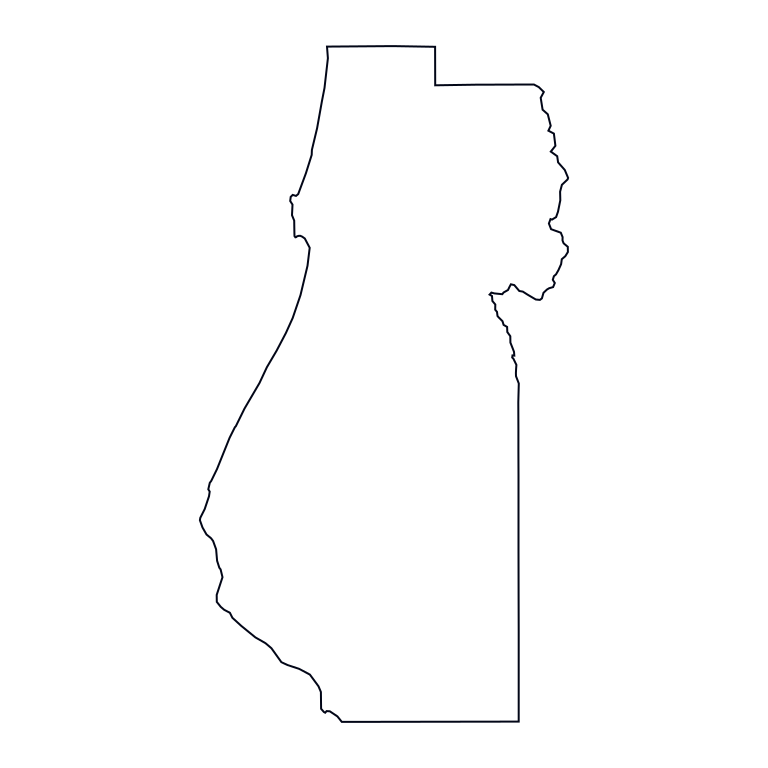 Humboldt, California, United States of America
{"feature_id": "52423323B26488914054819", "entity_name": "Humboldt", "entity_type": "district", "adm_level": 2, "iso_a3": "USA", "parent_name": "United States of America", "parent_adm1": "California", "projection": "natural_earth1", "projection_center": [-123.822, 40.734], "detail": "fine", "context": "isolated", "style": "outline", "palette": "ink", "viewbox_px": 768, "rotation_deg": 0, "n_neighbors": 0, "source": "geoboundaries", "source_scale": "gbopen_adm2", "svg_char_len": 2264}
<svg xmlns="http://www.w3.org/2000/svg" viewBox="0 0 768 768"><path d="M568.1,177.9L564.8,170.0L558.1,162.4L557.2,156.2L550.8,151.6L555.4,145.8L553.9,133.6L548.4,130.7L550.7,125.8L547.8,114.3L542.6,109.7L540.7,97.8L543.8,92.0L538.8,87.1L533.9,84.5L475.2,84.7L435.2,85.3L435.1,46.8L392.9,46.1L327.0,46.6L327.9,58.2L324.5,88.0L322.0,100.8L317.1,128.2L311.9,149.9L311.7,154.9L305.9,173.3L298.2,194.1L296.0,195.9L292.7,194.9L290.7,196.9L290.2,201.0L292.5,204.6L292.0,215.2L294.2,220.6L294.4,233.2L294.5,236.1L295.4,237.3L296.2,237.1L296.9,236.4L298.4,235.9L300.2,235.8L302.1,236.6L304.8,238.5L309.7,247.8L307.5,265.8L300.5,295.1L292.7,318.0L285.9,333.0L276.6,350.7L266.9,367.2L259.5,383.0L244.5,408.6L235.8,426.3L234.9,427.2L229.6,437.8L217.0,469.1L211.2,481.0L209.8,482.8L208.3,489.3L209.7,491.6L209.0,496.3L204.7,509.1L200.3,517.8L199.9,520.2L202.5,527.5L206.5,534.5L211.1,538.3L213.1,541.0L216.1,549.3L217.1,560.8L219.3,567.7L220.6,569.4L222.5,577.2L216.7,594.9L216.8,601.9L220.7,606.8L224.2,609.8L229.9,612.8L232.4,617.8L241.4,626.0L255.4,637.4L265.5,643.2L271.4,648.2L281.4,662.2L287.7,665.1L299.0,668.8L309.9,674.6L318.5,686.3L320.9,692.0L321.1,708.8L323.9,712.0L325.2,712.7L326.6,711.1L329.8,711.3L337.4,716.4L341.8,721.9L518.7,721.6L518.7,706.8L518.7,687.3L518.7,660.8L518.7,631.5L518.6,597.8L518.5,549.4L518.5,511.5L518.5,475.1L518.4,449.5L518.4,428.8L518.3,402.1L518.8,383.5L517.7,380.6L516.0,376.2L515.9,373.0L516.1,368.9L516.4,364.9L513.4,358.7L512.2,357.5L512.5,355.4L514.3,355.6L514.0,351.8L512.7,348.4L510.4,342.6L510.3,336.2L507.3,332.0L507.1,326.9L503.6,324.9L502.5,321.2L498.6,317.3L497.5,316.0L497.0,311.9L495.2,309.7L495.3,304.5L492.4,301.0L492.0,296.0L489.6,294.6L491.4,292.6L494.3,293.4L502.3,294.2L503.6,292.5L508.0,290.0L509.3,287.3L510.9,284.3L514.3,285.1L519.3,291.0L522.8,291.6L527.5,294.6L535.8,299.5L539.9,299.9L541.9,298.4L543.5,292.8L547.0,289.5L549.2,288.2L553.1,287.1L554.8,283.0L552.8,279.8L553.9,276.2L556.0,274.4L558.4,270.2L561.1,264.2L561.8,259.2L565.3,256.2L567.9,252.0L567.8,246.8L563.7,243.4L563.0,241.8L562.5,240.3L562.6,237.1L560.8,232.7L551.1,229.2L548.9,223.5L550.5,219.1L552.0,219.6L556.1,217.1L558.0,211.7L560.3,200.3L560.1,191.7L561.9,184.8L567.6,179.4L568.1,177.9Z" fill="none" stroke="#020617" stroke-width="2"/></svg>